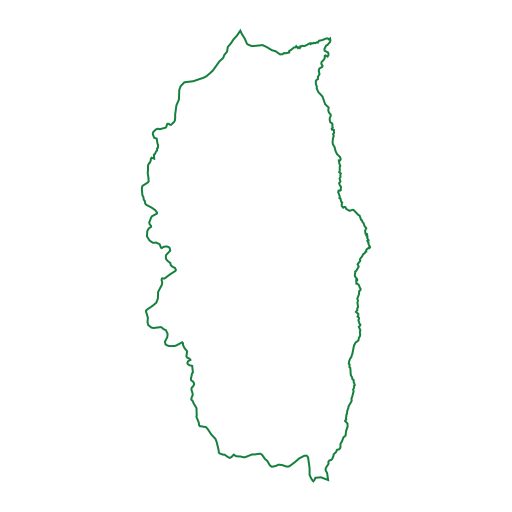 Alto Parnaíba, Maranhão, Brazil (Natural Earth projection)
{"feature_id": "56859067B51546215528696", "entity_name": "Alto Parnaíba", "entity_type": "district", "adm_level": 2, "iso_a3": "BRA", "parent_name": "Brazil", "parent_adm1": "Maranhão", "projection": "natural_earth1", "projection_center": [-46.179, -9.51], "detail": "fine", "context": "isolated", "style": "outline", "palette": "green", "viewbox_px": 512, "rotation_deg": 0, "n_neighbors": 0, "source": "geoboundaries", "source_scale": "gbopen_adm2", "svg_char_len": 6034}
<svg xmlns="http://www.w3.org/2000/svg" viewBox="0 0 512 512"><path d="M192.1,373.3L190.9,378.9L191.1,380.2L193.1,381.7L194.0,383.2L194.2,384.3L192.9,386.6L192.0,387.3L191.4,388.7L191.5,389.9L192.6,393.5L192.7,395.2L191.6,397.5L191.3,399.6L192.9,401.3L193.4,402.9L196.5,408.2L196.7,415.5L196.4,416.8L198.7,422.4L199.1,425.1L199.8,426.1L205.9,427.1L207.6,428.9L211.3,434.5L215.4,438.8L216.6,441.8L218.5,449.6L218.9,452.7L219.5,453.4L222.8,454.6L224.6,454.7L228.0,457.1L229.9,457.9L231.5,457.0L233.8,454.6L235.5,455.9L236.6,456.3L240.5,456.5L243.9,457.3L245.1,457.2L252.2,454.4L254.2,454.5L259.9,453.7L261.3,454.2L262.2,455.0L265.0,459.0L267.1,460.7L270.0,465.5L271.9,466.8L276.1,465.9L278.1,464.8L279.2,464.7L282.3,465.1L286.6,466.6L289.2,466.4L295.1,462.0L299.2,458.4L304.2,455.8L306.2,455.6L306.9,455.9L308.1,457.5L309.6,468.4L309.6,474.9L310.8,477.7L312.6,480.6L313.3,481.3L314.6,479.7L315.4,477.8L320.9,477.3L328.1,480.0L327.1,473.0L325.7,470.6L325.6,468.7L326.5,466.8L328.2,464.4L328.6,463.2L328.3,462.0L329.3,460.5L331.3,459.9L332.4,458.6L333.5,455.8L333.7,454.3L336.0,452.1L337.0,449.8L338.8,449.4L339.9,448.6L340.4,447.4L340.5,443.8L341.9,441.5L343.5,437.3L345.5,435.7L346.2,430.3L346.8,429.4L346.9,428.1L347.6,426.9L347.5,423.5L345.1,421.1L345.3,420.3L346.0,420.0L346.3,419.1L345.9,418.1L346.4,416.0L346.3,414.9L346.9,414.0L347.3,410.7L348.4,407.9L348.5,406.4L351.4,401.5L351.7,400.2L351.4,398.7L352.1,397.1L353.6,391.3L353.1,389.8L354.0,387.8L354.1,385.9L354.8,385.1L353.6,381.6L353.7,380.2L352.3,379.0L352.2,377.6L350.8,375.1L350.3,368.0L349.4,367.0L349.7,364.9L348.8,363.8L349.1,361.3L350.2,358.5L351.4,357.0L351.6,355.6L352.3,354.1L354.0,345.5L355.7,342.4L358.3,340.6L359.0,337.6L359.9,336.3L360.2,334.8L359.8,331.7L360.4,330.3L358.8,326.8L359.9,325.8L360.4,324.8L359.4,323.5L358.4,320.1L359.1,318.5L358.8,317.4L357.6,316.7L358.2,315.5L358.3,313.9L355.9,311.9L357.4,309.9L357.2,308.5L358.1,307.0L357.4,302.8L358.0,300.6L357.3,298.7L359.0,294.2L359.2,291.0L360.4,290.2L360.6,288.8L359.8,287.7L359.0,285.3L357.6,283.8L356.4,283.7L356.2,280.2L357.2,280.2L357.2,279.2L355.4,277.1L354.9,275.9L354.8,274.9L355.2,273.1L355.2,271.5L356.3,270.8L358.7,266.6L357.6,264.2L360.3,260.8L359.9,259.7L360.2,258.8L362.3,256.1L363.1,254.2L364.6,253.3L365.4,251.9L366.3,251.6L366.2,250.1L366.7,249.3L367.7,248.8L368.6,247.7L369.4,248.1L370.1,247.2L368.4,243.9L368.6,242.4L367.7,241.8L367.4,240.7L368.5,240.1L367.1,237.9L367.5,236.7L366.4,235.5L367.2,234.8L366.8,233.9L365.5,233.7L365.1,230.6L366.3,228.2L364.6,226.2L363.6,223.2L362.4,221.9L362.1,220.5L361.1,219.9L359.6,215.6L358.4,215.0L353.6,210.0L352.9,209.8L349.5,210.8L346.3,209.0L345.4,207.1L344.3,207.0L343.2,207.7L341.7,205.9L341.7,204.3L342.2,202.5L341.1,201.6L340.7,199.0L339.4,198.1L339.9,197.2L338.8,193.4L338.2,192.5L338.4,190.9L339.1,190.4L339.9,190.7L340.7,190.3L340.9,187.8L340.9,186.7L339.9,185.4L339.1,183.2L340.4,181.6L339.6,178.5L340.5,176.8L340.3,174.6L340.8,173.4L339.2,172.2L339.8,170.8L339.7,167.0L340.3,165.8L339.5,164.2L338.8,160.4L340.2,160.3L340.7,158.8L339.9,156.9L337.0,154.1L335.6,151.2L334.5,147.0L332.8,144.1L332.6,141.5L333.0,138.2L333.8,135.9L333.1,134.1L334.1,132.9L333.9,130.0L331.9,129.6L331.7,128.6L332.8,127.7L332.3,125.9L332.5,124.2L332.1,123.4L330.3,122.3L329.8,120.4L329.7,118.2L330.5,116.6L330.8,115.2L330.4,114.2L328.9,112.5L328.3,110.5L328.6,107.5L325.2,104.3L322.5,96.6L318.3,92.0L316.7,88.4L316.8,86.3L315.9,84.2L315.8,81.1L316.4,80.1L318.0,79.0L317.9,76.9L319.5,74.1L318.7,70.7L319.4,68.5L322.2,66.9L322.6,65.9L321.3,63.8L321.6,62.0L323.8,59.7L324.7,58.3L324.7,56.0L325.4,55.4L327.5,56.6L328.3,55.4L328.5,54.2L328.1,52.5L324.7,50.8L324.4,49.0L326.2,45.5L327.5,44.9L330.0,42.0L330.4,40.6L330.1,38.5L328.8,39.4L327.8,38.4L326.2,38.5L321.9,40.2L319.1,40.7L317.8,42.6L317.1,42.2L315.1,43.2L313.8,42.8L312.8,43.5L311.8,43.2L310.7,44.1L310.0,43.2L305.6,45.6L304.1,46.1L301.9,45.8L301.1,46.4L300.3,46.4L300.4,47.3L299.8,48.1L298.9,47.5L298.1,48.1L297.5,47.0L296.8,47.2L296.2,46.3L295.7,47.3L294.1,47.4L291.3,49.7L289.1,51.1L289.2,52.5L285.5,53.3L284.0,53.0L282.6,54.2L280.1,54.4L275.5,51.2L271.9,50.2L266.8,47.1L262.6,45.1L252.8,46.1L251.4,45.9L248.2,44.7L246.9,43.7L244.8,38.7L241.7,33.7L240.3,30.7L236.9,35.7L233.5,39.4L231.0,43.2L227.8,47.0L227.0,51.7L224.3,55.0L223.2,57.9L219.4,61.4L212.9,70.5L210.8,72.5L206.4,76.3L203.4,77.8L193.3,81.2L184.4,82.3L180.7,86.1L179.3,89.8L178.9,99.6L176.4,105.4L175.1,115.0L175.2,118.0L174.9,120.4L174.1,121.9L171.1,124.8L169.7,124.7L168.8,123.8L167.8,123.7L167.1,124.2L166.3,126.8L165.5,127.7L159.8,129.2L157.9,128.7L156.0,129.4L153.5,131.7L152.9,133.0L152.8,134.1L154.1,137.7L156.7,138.6L157.5,143.7L158.1,145.1L157.9,147.9L157.0,148.6L157.1,150.5L156.2,151.3L155.0,153.9L153.9,154.7L154.2,158.7L151.6,157.7L150.8,158.8L150.8,160.2L150.0,162.5L149.0,163.3L148.0,165.5L148.0,170.0L147.7,173.1L148.5,178.1L148.6,181.6L147.9,182.4L142.5,185.9L141.9,187.7L141.9,189.8L142.4,195.3L143.3,196.8L143.8,199.8L144.9,201.1L144.9,202.2L145.3,203.7L146.4,204.9L151.6,207.6L155.3,210.2L157.0,212.6L156.9,213.6L151.9,216.3L151.1,217.6L149.2,222.6L149.7,224.3L151.0,225.8L151.1,226.8L148.6,228.6L147.8,230.0L147.3,231.2L146.9,236.3L149.6,240.6L152.9,242.8L156.2,242.6L159.6,244.2L161.0,247.7L161.7,248.1L163.7,246.8L166.6,246.4L168.9,247.2L169.7,248.2L170.2,250.7L166.3,254.8L165.9,255.8L165.9,258.3L166.2,259.2L167.8,261.1L170.3,263.0L170.7,264.9L171.8,266.3L175.0,268.0L175.9,270.0L175.3,271.0L169.4,274.8L165.0,278.2L164.0,278.6L162.3,278.3L161.7,279.0L161.6,280.1L162.2,282.3L161.8,284.9L158.1,292.0L157.9,298.5L156.3,302.7L153.0,305.5L146.5,310.0L145.9,311.0L147.9,317.9L147.5,322.0L148.2,325.0L151.4,327.6L153.6,328.0L160.7,327.1L161.9,327.6L163.3,329.0L165.9,330.2L167.6,333.8L167.4,336.2L167.2,337.3L164.9,341.8L165.6,344.5L167.0,345.3L169.3,346.1L174.5,346.0L176.2,345.5L182.2,342.3L183.0,343.3L183.1,345.3L184.5,348.1L187.1,351.3L186.4,356.3L187.3,357.7L189.4,358.6L190.4,359.9L187.9,361.4L187.4,362.8L187.6,363.9L189.3,365.2L192.2,365.9L192.9,372.5L192.1,373.3Z" fill="none" stroke="#15803d" stroke-width="2"/></svg>